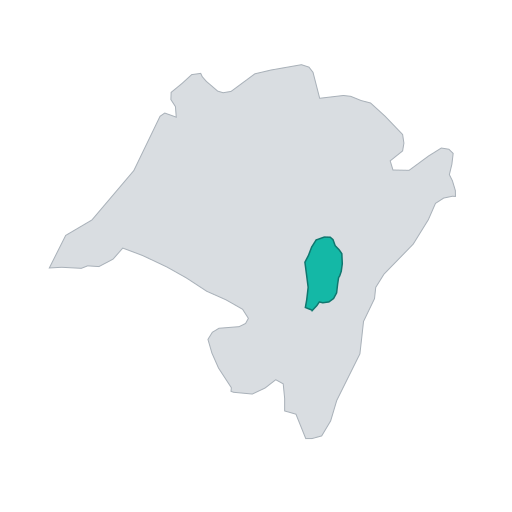 Montenegro, with Mojkovac highlighted, rotated 84°
{"feature_id": "MNE-1513", "entity_name": "Mojkovac", "entity_type": "Municipality", "adm_level": 1, "iso_a3": "MNE", "parent_name": "Montenegro", "parent_adm1": "", "projection": "natural_earth1", "projection_center": [19.506, 42.966], "detail": "fine", "context": "in_parent", "style": "filled", "palette": "teal", "viewbox_px": 512, "rotation_deg": 84, "n_neighbors": 0, "source": "natural_earth", "source_scale": "10m", "svg_char_len": 1697}
<svg xmlns="http://www.w3.org/2000/svg" viewBox="0 0 512 512"><g transform="rotate(84 256 256)"><path d="M217.6,51.4L217.1,54.4L218.0,63.3L222.4,72.0L237.9,80.8L260.6,98.4L287.4,130.6L299.7,140.2L310.8,142.6L332.3,155.9L347.4,159.2L364.2,162.9L408.1,190.8L427.8,199.0L441.8,209.5L443.4,219.4L442.8,225.6L417.5,232.8L413.1,243.7L400.8,242.4L386.0,242.3L381.1,249.3L388.2,260.7L392.9,274.1L389.2,292.5L388.0,295.0L384.4,294.3L363.5,305.0L347.9,310.0L333.9,312.5L327.3,307.4L324.0,300.4L324.5,280.2L322.0,273.4L317.2,270.1L307.6,274.9L296.4,290.5L286.0,308.6L270.5,327.6L257.6,345.8L243.7,368.7L234.2,387.7L244.1,398.4L250.1,413.3L248.2,424.5L250.0,431.0L246.9,450.5L246.3,462.8L215.6,443.1L203.0,415.4L158.3,368.6L107.0,336.8L104.3,331.8L107.2,325.7L109.6,320.8L99.0,320.5L91.5,324.3L84.4,323.3L76.5,311.3L68.9,301.0L68.6,291.9L72.1,290.7L77.2,287.1L88.0,276.9L90.2,271.6L89.7,263.6L74.7,238.1L72.6,221.6L70.5,190.8L73.7,183.6L79.3,180.1L105.8,176.2L105.5,152.3L107.1,145.1L112.4,135.2L115.8,126.1L130.5,113.0L150.5,97.5L159.2,97.1L166.8,99.2L175.4,112.6L184.8,110.8L186.8,94.8L174.5,73.8L168.0,60.4L170.0,53.0L174.6,49.2L185.2,51.6L195.3,55.2L201.7,52.8L211.8,50.9L217.6,51.4Z" fill="#d9dde1" stroke="#a8b0b8" stroke-width="1"/><path d="M244.4,185.5L245.1,180.2L247.8,177.7L254.0,176.2L258.5,172.7L259.9,171.9L262.7,170.4L269.4,170.8L272.7,171.0L280.1,172.8L284.6,174.9L286.1,176.1L292.2,177.7L301.1,179.7L306.4,183.3L309.3,188.3L309.5,194.5L308.3,197.8L311.7,200.7L316.2,205.9L315.6,206.1L312.4,212.3L305.1,210.2L299.8,209.0L292.6,207.4L279.5,207.7L267.3,208.0L260.8,203.7L252.7,199.6L252.3,199.2L246.3,194.5L244.3,186.1L244.4,185.5Z" fill="#14b8a6" stroke="#0f766e" stroke-width="1.5"/></g></svg>